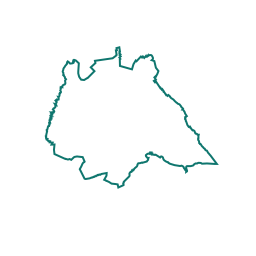 the district of Chalchicomula de Sesma, Puebla, Mexico, rotated 43°
{"feature_id": "50627088B80469621247592", "entity_name": "Chalchicomula de Sesma", "entity_type": "district", "adm_level": 2, "iso_a3": "MEX", "parent_name": "Mexico", "parent_adm1": "Puebla", "projection": "albers", "projection_center": [-97.433, 18.977], "detail": "fine", "context": "isolated", "style": "outline", "palette": "teal", "viewbox_px": 256, "rotation_deg": 43, "n_neighbors": 0, "source": "geoboundaries", "source_scale": "gbopen_adm2", "svg_char_len": 5663}
<svg xmlns="http://www.w3.org/2000/svg" viewBox="0 0 256 256"><g transform="rotate(43 128 128)"><path d="M87.6,73.4L88.5,77.6L90.9,82.4L79.8,88.1L75.2,83.4L75.3,82.7L73.6,82.3L73.8,80.6L72.1,80.4L72.3,79.3L70.6,79.1L70.6,78.7L69.6,77.9L69.9,77.5L66.6,74.9L65.1,77.4L66.8,78.7L66.2,79.5L69.5,82.0L69.4,82.2L70.0,82.8L69.2,87.5L58.0,101.4L59.9,102.7L59.4,109.0L64.7,109.3L64.4,119.0L64.2,119.1L63.2,122.8L60.8,124.6L58.7,124.2L57.5,123.9L56.6,123.4L54.4,122.0L53.1,120.6L47.9,114.2L43.7,114.2L42.0,115.0L41.8,115.7L42.1,116.2L42.3,116.5L42.4,115.7L42.7,115.4L43.0,115.3L43.0,115.8L43.7,117.4L43.5,118.1L43.0,118.9L41.9,120.2L41.6,120.4L39.8,120.2L38.5,120.4L38.6,121.4L39.0,121.7L39.0,121.9L39.1,122.0L39.2,121.8L39.6,122.7L39.5,122.8L39.4,122.7L39.7,123.8L39.7,125.3L40.0,126.4L40.1,127.7L40.4,128.8L41.0,129.6L41.4,130.6L41.8,131.3L42.1,131.5L43.2,131.8L44.1,132.9L44.7,133.3L44.7,133.5L45.2,133.5L45.3,133.3L45.7,133.6L47.1,133.8L47.9,134.5L48.5,134.6L48.8,134.5L49.1,134.7L49.4,134.7L49.4,135.3L49.6,135.8L49.7,136.3L51.5,137.8L51.9,138.4L52.0,139.4L51.7,139.7L51.2,141.3L51.5,142.1L52.1,142.8L51.4,143.0L51.3,144.0L51.5,144.5L51.2,144.5L51.4,144.8L51.8,144.8L51.8,145.0L52.5,145.8L52.9,146.8L54.0,147.1L54.5,147.5L54.7,148.8L54.3,149.0L54.6,149.9L55.3,150.4L55.9,151.2L56.2,152.6L55.7,152.9L56.8,153.3L57.8,154.5L56.7,156.3L56.4,156.1L56.3,156.7L57.4,157.0L57.5,157.1L57.0,157.5L57.9,157.7L58.4,158.1L58.5,158.8L58.4,159.8L58.8,159.9L58.1,160.3L59.4,160.6L59.2,160.7L59.2,160.8L59.9,161.6L60.2,161.7L60.5,162.1L60.7,162.7L60.7,163.4L60.8,163.3L60.2,164.3L60.5,165.1L60.3,165.3L60.4,165.7L61.4,165.7L62.4,166.0L62.7,166.2L62.3,167.3L62.3,167.7L62.7,167.7L62.4,168.2L61.8,168.7L61.6,168.5L61.1,169.0L61.8,169.0L62.0,169.3L62.3,169.2L62.1,169.6L62.5,169.6L63.2,169.6L64.2,170.3L63.4,170.1L63.1,170.6L63.3,170.8L63.6,170.7L63.7,170.9L63.4,171.1L63.6,171.2L63.7,171.5L64.2,171.7L64.3,172.0L64.1,172.0L64.0,171.8L63.3,172.2L63.9,172.6L64.4,172.3L64.2,172.8L64.2,173.3L65.2,173.3L65.0,174.1L65.6,174.0L65.5,174.4L65.6,174.5L65.2,174.7L65.2,174.8L65.6,174.6L65.8,174.9L65.4,175.3L65.5,175.7L65.4,175.9L65.5,176.1L66.7,176.8L66.4,176.9L66.7,177.4L66.9,177.3L67.1,177.6L66.7,177.8L66.7,178.0L67.3,178.4L67.8,178.2L68.2,179.3L68.4,179.2L68.9,180.3L68.4,180.7L68.7,181.9L69.1,182.4L69.3,182.9L70.1,184.3L69.9,184.9L70.7,185.6L71.1,185.6L72.6,188.3L73.3,189.3L73.9,190.0L73.7,190.2L75.3,191.5L76.4,190.9L76.6,191.9L78.9,191.4L79.0,191.7L80.0,190.9L80.5,191.9L82.8,190.1L83.4,192.3L85.5,190.2L88.7,194.4L92.0,197.2L103.2,193.4L103.2,193.2L105.6,192.0L106.5,190.5L108.2,190.0L108.4,186.3L108.7,185.5L110.1,183.6L114.7,180.2L119.2,182.2L119.3,182.7L118.9,183.8L119.1,185.2L120.1,188.1L120.8,191.0L130.8,194.7L131.8,194.2L134.2,191.1L135.0,189.6L135.0,189.2L135.6,188.7L135.9,187.7L136.2,187.5L136.2,187.0L136.7,186.7L136.8,186.3L136.7,185.9L136.8,185.6L137.4,185.1L137.3,184.6L137.7,184.3L137.8,183.9L137.7,183.1L138.0,182.8L138.6,182.6L138.7,182.4L138.7,181.6L139.7,181.0L139.8,180.5L139.8,179.9L140.1,179.5L143.1,175.5L144.8,177.6L145.9,182.1L148.1,181.3L148.3,181.4L148.5,181.2L151.0,180.4L153.9,179.9L157.1,177.5L158.9,176.3L161.5,178.1L163.7,172.8L163.6,172.6L162.3,171.8L162.2,170.9L161.8,170.7L161.6,170.2L161.9,162.4L161.3,161.3L160.4,160.7L160.0,160.1L159.8,158.3L160.3,158.0L160.5,157.5L160.0,156.4L160.4,156.4L160.5,156.2L160.4,155.7L160.6,155.4L160.4,155.1L160.7,155.0L160.6,154.7L160.6,154.2L160.4,153.8L160.4,152.6L160.7,150.1L160.4,149.0L159.8,148.2L159.6,146.8L160.8,145.5L161.8,143.7L162.2,143.7L164.6,139.7L164.4,138.3L164.4,137.5L163.9,137.0L163.4,135.9L163.0,136.3L162.3,136.6L160.6,136.4L160.0,136.1L159.6,135.6L159.8,134.0L160.3,132.8L161.6,132.1L160.8,130.8L162.0,129.8L162.7,130.7L163.2,130.2L163.7,131.0L164.0,130.7L164.4,130.5L164.7,130.2L165.6,129.7L165.9,129.4L165.7,129.4L166.4,128.7L171.6,127.7L171.6,126.2L172.3,125.8L173.5,125.7L175.5,126.8L176.7,126.9L179.1,126.5L180.7,125.7L181.6,126.0L182.3,125.6L182.9,125.6L187.4,123.4L192.0,120.3L192.9,119.0L194.3,118.6L195.1,118.6L196.7,119.3L197.2,119.1L198.5,119.7L199.7,119.7L200.2,120.0L200.5,120.4L200.7,119.5L200.5,119.1L197.7,117.5L197.1,116.7L197.0,116.3L197.1,115.8L197.3,115.5L199.8,113.2L201.1,111.2L201.3,110.6L201.1,109.7L201.4,108.4L201.7,107.7L202.7,106.9L203.1,105.7L203.4,105.3L205.1,103.9L206.3,103.7L206.7,103.4L209.9,100.1L216.1,95.0L217.5,93.7L206.8,91.8L205.9,91.8L205.1,91.6L203.5,91.5L201.3,90.8L200.9,90.8L200.3,91.2L199.6,91.3L198.2,90.8L197.2,91.1L196.1,90.8L195.4,90.9L194.1,90.8L192.9,90.4L192.4,90.4L191.9,90.2L191.7,90.3L191.5,90.6L191.0,90.4L190.4,90.5L189.3,89.5L188.6,89.1L187.3,88.8L186.8,87.8L186.3,87.7L186.0,86.9L185.0,85.9L184.3,84.7L183.4,85.5L182.7,85.3L182.3,85.4L181.7,85.6L181.3,86.0L180.4,85.8L179.0,85.0L178.6,84.9L177.4,85.0L176.9,85.7L176.3,85.7L176.1,85.5L174.1,85.4L174.1,85.2L172.3,84.7L172.0,85.7L171.8,85.8L169.4,85.3L166.4,83.7L165.6,83.5L164.9,82.8L163.7,82.6L163.3,82.2L162.9,81.5L163.0,81.3L162.4,81.1L162.9,79.2L160.0,78.5L158.1,77.5L157.7,77.5L156.7,77.2L155.4,77.1L155.2,77.3L155.0,76.3L152.3,76.2L151.8,75.9L149.7,75.6L149.2,75.7L147.7,76.3L146.8,76.2L146.1,76.4L143.8,76.4L141.8,76.2L139.1,76.7L137.3,76.5L137.2,76.3L135.1,76.3L135.0,77.6L133.5,77.5L133.4,77.9L130.2,77.1L129.5,77.3L129.2,77.3L128.9,77.1L128.9,76.7L126.6,76.2L126.6,76.9L124.4,76.4L124.4,76.8L117.0,75.0L116.7,76.2L114.8,75.9L115.4,73.6L112.8,73.0L112.9,70.7L113.2,70.8L112.5,68.2L111.4,65.6L107.3,64.9L101.6,61.1L99.1,62.2L99.2,61.2L98.9,60.2L98.4,59.7L96.8,59.0L95.5,58.8L94.8,59.2L94.2,59.8L93.8,60.5L93.5,61.9L93.1,61.5L93.1,63.1L92.5,63.8L92.0,63.4L92.1,65.7L90.1,65.5L90.2,66.9L88.7,66.9L88.7,73.4L87.6,73.4Z" fill="none" stroke="#0f766e" stroke-width="2"/></g></svg>